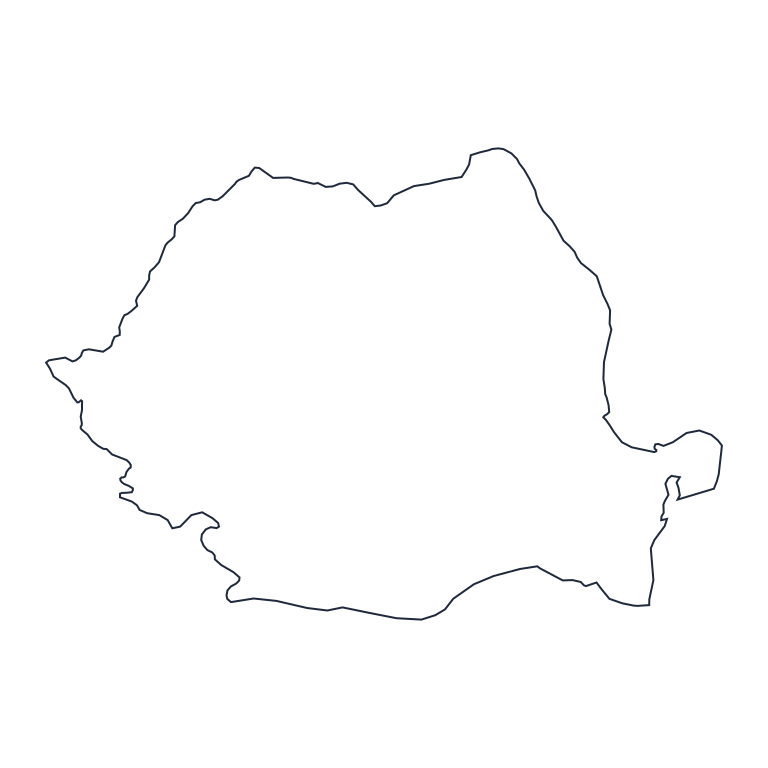 SVG path tracing the border of Romania
{"feature_id": "ROU", "entity_name": "Romania", "entity_type": "country or territory", "adm_level": 0, "iso_a3": "ROU", "parent_name": "Europe", "parent_adm1": "", "projection": "orthographic", "projection_center": [24.529, 45.967], "detail": "fine", "context": "isolated", "style": "outline", "palette": "slate", "viewbox_px": 768, "rotation_deg": 0, "n_neighbors": 0, "source": "natural_earth", "source_scale": "50m", "svg_char_len": 3383}
<svg xmlns="http://www.w3.org/2000/svg" viewBox="0 0 768 768"><path d="M613.9,432.0L621.9,442.2L631.7,447.3L654.3,452.1L656.2,451.3L656.4,450.2L654.7,448.7L654.4,446.8L655.4,444.3L658.4,444.0L663.5,445.9L672.9,442.2L686.5,433.0L699.3,430.5L711.3,434.8L717.7,440.2L721.9,445.5L721.2,452.4L720.7,456.6L718.7,474.4L716.9,481.1L713.9,488.7L677.6,499.6L679.8,495.3L678.5,487.9L676.6,482.5L679.8,477.2L671.4,475.9L667.9,478.8L665.4,483.8L668.5,494.8L664.8,501.1L663.4,504.6L663.7,512.8L661.5,516.4L661.2,520.2L667.0,518.9L664.7,526.1L654.3,540.1L650.8,548.4L653.4,580.2L649.3,599.4L649.2,605.1L637.3,605.9L633.7,605.6L622.3,603.3L609.4,598.8L601.6,589.3L596.5,582.5L585.9,586.1L583.9,585.3L580.8,582.0L572.6,580.1L562.7,580.4L539.9,568.3L537.3,566.3L519.9,569.0L493.7,576.0L473.8,584.3L453.3,598.7L445.0,609.4L435.3,615.2L421.4,619.6L396.4,618.2L370.4,613.1L342.5,607.4L327.4,610.5L307.1,608.0L276.4,600.9L253.6,598.5L231.0,602.1L227.3,598.9L226.5,595.4L227.5,590.4L230.8,586.5L236.3,583.5L239.2,580.5L239.5,577.4L233.5,572.2L221.2,565.0L216.2,560.5L214.9,559.4L214.7,555.5L212.2,552.4L207.4,550.1L203.7,545.9L201.2,540.0L201.9,534.4L205.8,529.4L210.7,527.2L216.6,528.1L219.0,526.6L218.1,523.0L212.5,518.2L202.2,512.3L191.4,515.1L180.2,526.6L172.3,528.3L167.7,520.1L159.3,515.1L147.1,513.2L139.6,509.9L136.9,505.2L131.7,501.5L120.0,497.3L120.0,493.7L122.0,492.9L126.2,492.8L131.8,492.2L132.8,490.2L132.9,488.4L128.6,485.8L124.2,484.0L121.9,482.3L120.5,480.5L120.2,478.6L121.6,477.4L123.4,477.4L125.2,476.4L126.4,472.1L128.9,468.7L130.7,467.5L130.7,464.8L129.0,462.3L126.6,460.1L123.1,458.7L112.1,454.5L106.7,449.1L103.2,448.8L97.9,445.7L92.2,441.0L87.4,434.4L82.1,430.0L80.7,428.3L80.7,426.7L81.8,424.9L81.8,423.0L80.7,416.7L82.0,410.1L82.0,403.9L82.1,401.2L81.0,400.3L80.1,401.1L78.6,402.3L77.3,402.4L73.5,397.7L68.9,388.3L65.6,385.0L59.1,380.5L53.6,376.6L50.0,368.7L46.1,362.6L49.0,360.3L65.2,357.6L72.5,361.4L75.9,360.3L79.3,357.7L81.2,355.6L81.7,353.3L83.4,350.4L88.9,349.3L103.1,351.7L109.1,347.8L111.3,345.7L112.8,340.8L114.5,336.9L119.7,335.0L119.8,331.4L119.2,327.4L122.5,318.7L124.4,315.2L127.4,314.0L131.0,311.3L137.2,305.8L136.0,300.7L137.4,297.1L144.0,288.2L149.1,279.7L149.2,275.3L150.0,271.5L154.4,267.5L159.0,262.2L165.4,245.4L167.6,242.6L171.5,239.5L174.4,236.4L175.1,225.2L177.8,222.1L183.0,218.6L188.3,212.9L192.6,206.2L195.8,203.0L200.0,202.3L204.6,199.7L209.7,198.8L214.6,200.3L217.8,199.7L222.5,196.4L234.8,184.1L236.6,181.6L239.1,179.9L248.9,175.8L251.5,171.5L254.8,167.6L259.2,168.0L273.1,177.9L288.2,177.5L290.9,177.8L291.8,178.1L293.6,178.9L313.6,183.8L316.8,183.3L317.6,182.9L325.7,186.9L332.8,186.4L339.6,183.7L346.7,182.8L353.2,184.4L358.1,190.0L371.0,201.8L374.8,206.2L380.7,205.5L387.2,203.2L393.8,195.3L413.9,186.1L429.3,183.7L444.2,179.9L461.6,177.0L466.4,169.6L469.1,164.5L470.8,155.2L480.1,152.3L488.9,150.2L492.0,149.0L498.5,148.4L503.5,149.1L511.4,153.4L517.0,159.0L519.3,163.4L524.1,169.7L529.3,178.6L535.2,190.4L536.6,196.5L538.8,202.9L543.2,210.8L551.2,219.4L552.4,221.0L556.1,227.1L563.5,240.7L569.4,246.0L574.6,251.8L577.2,257.7L581.0,263.1L589.7,270.0L596.8,276.3L603.1,295.1L607.4,303.7L610.1,310.3L609.6,323.9L611.4,329.6L608.7,340.4L604.0,362.0L603.4,379.0L604.8,388.1L605.2,394.0L606.7,397.7L608.6,405.3L609.2,412.1L607.2,414.1L604.4,415.8L603.3,417.2L606.1,420.2L610.0,425.7L613.9,432.0Z" fill="none" stroke="#1e293b" stroke-width="2"/></svg>